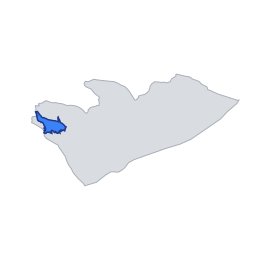 Kolahun, Lofa, Liberia (highlighted), rotated 290°
{"feature_id": "62588387B25205457381815", "entity_name": "Kolahun", "entity_type": "district", "adm_level": 2, "iso_a3": "LBR", "parent_name": "Liberia", "parent_adm1": "Lofa", "projection": "equal_earth", "projection_center": [-10.197, 8.109], "detail": "fine", "context": "in_parent", "style": "filled", "palette": "blue", "viewbox_px": 256, "rotation_deg": 290, "n_neighbors": 0, "source": "geoboundaries", "source_scale": "gbopen_adm2", "svg_char_len": 4561}
<svg xmlns="http://www.w3.org/2000/svg" viewBox="0 0 256 256"><g transform="rotate(290 128 128)"><path d="M58.9,107.0L60.7,105.0L63.4,98.5L67.0,92.2L70.4,88.5L73.1,84.7L76.0,81.8L80.1,78.4L86.4,69.5L87.9,68.4L88.9,62.2L90.4,54.3L92.2,51.9L96.5,50.4L97.5,49.1L99.0,43.5L100.0,37.0L100.1,35.6L101.8,35.5L104.6,34.1L106.3,34.7L107.0,36.6L107.4,38.1L116.1,34.1L116.9,33.3L117.3,33.4L118.4,37.0L119.1,36.8L119.6,35.8L120.2,35.7L120.9,36.2L121.5,37.9L122.7,39.4L124.5,40.4L125.7,41.9L125.6,45.8L126.1,49.6L126.9,50.5L127.3,52.7L127.5,55.2L128.0,56.5L128.3,59.0L128.2,61.7L128.5,63.6L129.9,66.8L130.8,70.9L130.8,73.8L130.3,76.9L129.3,79.7L127.7,82.7L127.6,84.0L128.6,84.7L130.0,84.9L131.2,84.3L134.3,85.7L135.9,87.7L137.4,90.2L138.6,91.4L139.2,93.0L141.4,92.6L144.0,91.1L144.5,90.3L145.2,90.7L146.9,90.9L148.0,88.2L148.9,85.0L150.9,81.6L151.9,80.3L152.1,78.2L152.2,75.4L152.9,73.0L154.6,71.6L156.3,71.7L157.3,72.1L157.8,74.5L159.2,76.3L160.4,77.5L161.0,78.0L162.1,79.4L163.0,84.1L166.8,99.4L166.6,103.6L165.9,106.4L165.9,109.1L165.6,111.7L163.3,116.1L156.5,125.0L157.0,125.8L158.7,126.8L160.3,127.4L161.7,127.1L163.4,129.3L165.2,132.1L167.2,133.6L170.0,134.9L172.4,135.0L174.5,134.5L177.4,135.1L180.6,137.4L181.7,141.2L182.4,144.6L183.5,146.3L183.7,149.2L185.9,151.7L189.1,152.2L193.2,155.2L194.2,155.0L194.7,154.6L195.2,155.2L196.2,163.8L197.1,168.4L196.6,170.2L196.1,171.7L196.1,178.6L194.2,182.6L193.9,187.0L193.4,188.4L191.4,189.7L191.4,193.0L190.9,197.1L190.7,201.4L191.2,212.7L191.4,221.1L192.2,222.7L188.4,222.0L177.0,215.6L168.2,211.9L138.8,190.9L130.6,182.4L121.2,169.8L100.3,144.5L95.5,140.4L89.5,138.5L85.8,136.3L83.2,134.0L81.1,127.0L75.8,122.8L66.2,116.9L58.9,107.0Z" fill="#d9dde1" stroke="#a8b0b8" stroke-width="1"/><path d="M107.8,69.4L107.7,69.0L107.8,69.0L107.7,68.6L108.2,68.1L108.8,67.1L109.4,65.5L109.9,64.3L109.9,62.8L112.3,60.7L113.2,59.6L113.8,59.0L114.4,58.6L114.2,58.5L113.6,58.6L113.2,58.8L112.5,59.1L111.8,59.6L110.9,60.1L110.4,60.5L110.1,60.6L110.1,60.3L110.2,60.0L110.1,59.4L110.0,58.8L109.9,58.5L109.9,57.7L109.9,57.0L109.7,56.6L109.6,56.0L109.4,55.7L109.3,54.7L109.1,53.6L109.0,52.9L108.8,52.2L108.7,50.8L108.5,50.2L108.6,49.2L108.6,48.9L108.7,48.7L108.8,47.4L108.9,46.3L108.9,46.0L108.9,45.6L108.9,45.3L108.5,44.7L108.5,43.8L108.8,43.2L109.0,42.8L109.1,42.7L109.5,42.2L109.8,41.5L110.4,40.4L110.5,40.2L110.8,39.7L111.1,39.4L111.3,39.1L111.8,38.4L111.9,38.2L112.2,37.8L112.3,37.5L112.5,37.3L112.1,36.7L111.6,35.9L111.6,35.6L111.4,35.7L111.2,36.0L110.8,36.2L110.8,36.6L110.7,36.7L110.3,36.8L110.1,37.0L109.9,37.2L109.9,37.5L109.7,37.5L109.4,37.6L109.2,37.6L109.1,37.8L108.8,38.0L108.4,37.9L108.3,38.2L108.0,38.2L107.9,38.3L107.6,38.3L107.6,38.1L107.4,38.5L107.1,39.0L106.9,39.0L106.2,39.4L105.7,39.6L105.3,39.9L104.9,40.1L104.6,40.4L104.2,40.9L104.2,41.1L104.1,41.3L103.9,41.8L104.0,42.5L104.0,42.8L104.0,43.4L103.9,43.7L103.9,43.8L103.9,44.2L103.6,44.4L103.7,44.5L103.8,44.8L104.0,45.6L104.0,45.9L103.8,46.1L103.6,46.3L103.3,46.7L103.0,47.0L102.9,47.2L102.4,47.6L102.2,47.8L102.0,48.0L101.6,48.4L101.6,48.5L101.4,48.9L101.3,49.1L101.2,49.2L101.1,49.4L100.9,49.4L100.7,49.3L100.7,49.2L100.4,49.2L100.2,49.2L100.1,49.3L100.1,49.5L100.2,49.8L100.0,50.0L100.0,49.9L99.9,49.8L100.0,49.7L99.9,49.6L100.0,49.5L99.9,49.4L99.8,49.2L99.8,49.3L99.7,49.4L99.4,49.5L99.3,49.4L99.3,49.5L99.2,49.5L99.2,49.8L99.1,50.0L98.9,50.2L98.8,50.4L98.7,50.5L98.6,50.8L98.4,50.7L98.4,50.8L98.2,50.9L98.1,51.0L97.9,50.9L97.6,50.7L97.4,50.4L97.1,50.3L97.1,50.1L96.9,50.1L96.7,50.1L96.6,50.3L96.5,50.5L96.6,50.8L96.4,50.7L96.2,50.8L95.9,50.8L95.7,50.8L95.3,50.8L95.2,50.8L95.1,50.7L94.9,50.6L94.7,50.6L94.7,52.3L94.9,52.7L95.4,52.9L95.9,53.2L96.3,53.4L96.5,53.7L96.6,53.9L96.8,54.8L96.9,55.9L96.9,57.1L96.9,57.7L96.9,58.3L97.1,58.2L98.0,57.8L98.1,57.7L98.3,57.6L98.6,57.1L98.6,56.9L98.7,57.0L99.0,57.3L99.3,57.3L99.5,57.2L99.7,57.5L99.8,57.5L99.7,57.8L99.6,58.4L99.4,59.1L99.0,59.5L98.9,59.8L98.9,60.0L98.8,60.5L98.6,60.8L98.8,61.2L99.1,61.2L99.6,60.9L99.8,60.9L99.6,61.4L99.5,61.8L99.5,62.3L99.2,62.6L98.9,62.8L98.9,63.5L99.0,63.6L99.1,63.9L99.1,64.0L99.4,64.1L99.7,64.1L100.0,64.1L100.2,64.3L100.0,65.6L100.6,65.1L100.7,64.9L100.8,64.8L101.1,64.6L101.2,64.8L101.6,64.7L101.8,64.8L101.6,65.2L101.5,65.5L101.6,65.8L101.8,66.2L102.1,66.4L102.4,66.3L102.6,66.2L103.1,65.8L103.3,65.7L103.3,65.8L103.3,66.0L103.3,66.4L103.2,67.0L103.2,67.5L103.4,67.7L103.5,67.7L103.9,67.7L104.1,68.2L104.0,68.4L103.9,68.9L103.6,69.4L103.6,69.5L104.5,69.5L105.6,69.4L105.8,69.2L105.9,69.3L106.3,69.3L106.6,69.4L107.8,69.4Z" fill="#3b82f6" stroke="#1e3a8a" stroke-width="1.5"/></g></svg>